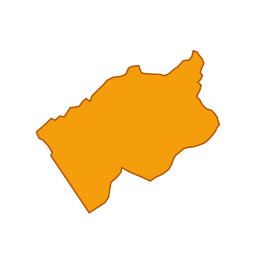 outline of Santo Antônio de Goiás, Goiás, Brazil, rotated 196°
{"feature_id": "56859067B61095479911818", "entity_name": "Santo Antônio de Goiás", "entity_type": "district", "adm_level": 2, "iso_a3": "BRA", "parent_name": "Brazil", "parent_adm1": "Goiás", "projection": "albers", "projection_center": [-49.306, -16.477], "detail": "fine", "context": "isolated", "style": "filled", "palette": "amber", "viewbox_px": 256, "rotation_deg": 196, "n_neighbors": 0, "source": "geoboundaries", "source_scale": "gbopen_adm2", "svg_char_len": 1230}
<svg xmlns="http://www.w3.org/2000/svg" viewBox="0 0 256 256"><g transform="rotate(196 128 128)"><path d="M91.9,83.2L87.3,88.9L84.3,91.2L80.5,95.1L77.3,99.8L76.1,105.4L75.7,111.6L74.6,114.8L72.7,117.7L68.3,124.0L64.2,126.2L59.3,128.3L54.2,131.8L50.5,134.6L48.1,137.9L46.3,141.4L44.3,145.5L43.1,148.9L42.6,153.2L41.0,156.5L43.6,160.0L45.3,162.9L48.8,165.8L52.6,167.9L57.7,168.1L61.5,169.9L64.1,171.9L66.7,174.7L70.7,177.2L69.3,184.6L69.5,189.2L73.4,191.4L71.6,194.5L70.9,199.1L73.9,201.1L73.6,206.1L72.9,211.1L75.9,214.9L79.6,217.5L82.7,220.1L86.6,220.2L86.3,214.5L87.8,210.4L93.4,207.9L96.7,201.1L100.2,196.8L103.2,192.0L107.1,188.4L112.2,188.3L119.4,186.4L125.5,185.2L130.1,184.6L132.5,187.4L134.7,190.9L141.1,188.3L144.0,185.7L144.8,179.1L148.3,176.1L152.0,174.4L156.5,172.5L161.3,167.9L163.7,162.5L166.6,157.6L171.3,149.0L172.0,143.1L176.3,144.8L178.9,141.1L180.7,135.6L184.9,133.3L189.1,131.7L191.0,125.6L192.3,121.2L196.7,120.7L200.4,115.2L204.4,116.1L207.8,110.0L215.0,98.9L211.0,93.8L206.2,92.8L199.7,88.9L194.1,83.8L194.4,80.1L141.9,35.8L129.6,49.9L127.6,56.2L128.7,64.3L129.4,71.1L125.0,77.9L122.7,83.2L122.9,88.2L114.3,86.2L109.5,85.6L103.0,84.9L91.9,83.2Z" fill="#f59e0b" stroke="#b45309" stroke-width="1.5"/></g></svg>